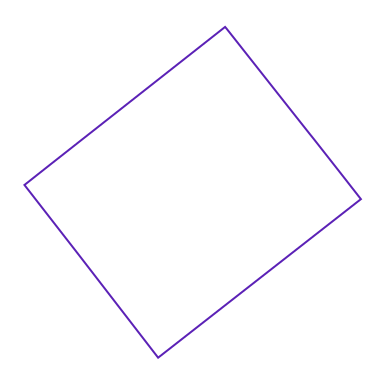 the district of Sherman, Kansas, United States of America, rotated 142°
{"feature_id": "52423323B41294654491036", "entity_name": "Sherman", "entity_type": "district", "adm_level": 2, "iso_a3": "USA", "parent_name": "United States of America", "parent_adm1": "Kansas", "projection": "mercator", "projection_center": [-101.862, 39.351], "detail": "fine", "context": "isolated", "style": "outline", "palette": "violet", "viewbox_px": 384, "rotation_deg": 142, "n_neighbors": 0, "source": "geoboundaries", "source_scale": "gbopen_adm2", "svg_char_len": 352}
<svg xmlns="http://www.w3.org/2000/svg" viewBox="0 0 384 384"><g transform="rotate(142 192 192)"><path d="M63.3,82.4L63.3,97.2L63.3,98.3L63.3,113.8L63.4,155.6L63.4,158.2L63.5,165.5L63.6,180.6L63.8,216.2L64.2,299.7L64.3,301.7L286.0,300.9L319.7,300.7L319.9,213.3L320.7,82.3L311.1,82.3L63.3,82.4Z" fill="none" stroke="#5b21b6" stroke-width="2"/></g></svg>